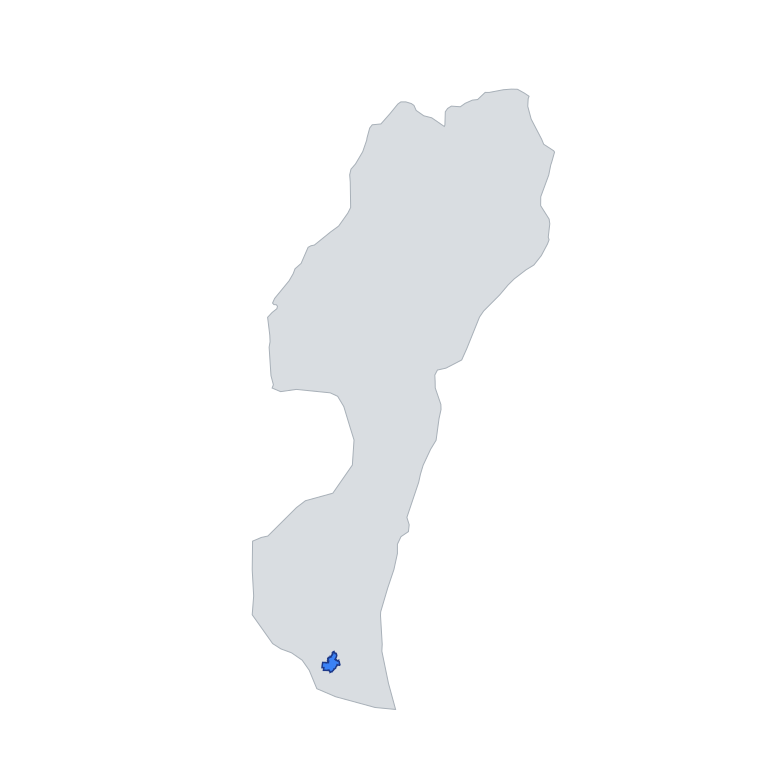 Cīravas pag., Aizputes, Latvia shown in context, rotated 283°
{"feature_id": "27541924B26193226083198", "entity_name": "Cīravas pag.", "entity_type": "district", "adm_level": 2, "iso_a3": "LVA", "parent_name": "Latvia", "parent_adm1": "Aizputes", "projection": "equal_earth", "projection_center": [21.425, 56.745], "detail": "fine", "context": "in_parent", "style": "filled", "palette": "blue", "viewbox_px": 768, "rotation_deg": 283, "n_neighbors": 0, "source": "geoboundaries", "source_scale": "gbopen_adm2", "svg_char_len": 4337}
<svg xmlns="http://www.w3.org/2000/svg" viewBox="0 0 768 768"><g transform="rotate(283 384 384)"><path d="M561.7,512.4L557.2,511.8L544.5,508.4L533.7,503.3L527.1,496.6L515.8,487.3L508.4,482.6L496.9,476.7L477.6,464.7L470.7,462.0L437.1,456.7L424.9,454.3L413.4,440.8L409.6,432.9L404.1,431.5L398.2,433.2L391.7,434.8L376.9,444.0L372.0,445.3L362.7,445.4L340.9,447.4L330.9,444.1L313.6,440.4L304.3,439.8L296.0,439.9L259.2,436.3L252.5,440.2L245.7,441.0L239.1,434.9L230.9,433.1L221.9,435.2L205.5,435.4L186.0,433.5L161.2,432.0L157.5,432.7L130.0,440.8L123.2,442.0L93.3,455.7L69.5,468.5L66.8,448.0L68.4,407.2L72.0,387.1L88.3,375.5L96.5,366.4L101.3,354.3L102.7,343.1L106.0,333.9L129.5,307.5L148.1,304.7L173.3,297.4L201.3,291.3L206.9,299.0L209.7,305.0L243.9,326.5L252.6,333.7L266.1,358.7L297.9,371.4L322.7,367.4L333.3,361.2L353.0,349.9L361.6,341.6L363.3,333.6L359.0,299.7L353.3,285.0L354.9,275.9L358.4,276.4L366.7,272.0L394.0,263.8L399.5,263.5L405.7,261.8L422.8,255.6L428.5,258.9L433.3,262.7L435.8,262.7L437.0,261.3L436.6,258.9L437.8,257.2L442.8,258.2L463.2,268.3L471.0,270.7L476.3,271.4L482.8,276.1L500.1,279.3L502.3,281.8L503.7,284.9L520.2,297.8L527.7,304.3L542.3,310.3L548.5,311.8L573.2,305.7L580.1,303.5L585.9,303.5L591.9,306.7L605.5,311.0L617.7,312.3L619.9,312.1L630.2,312.5L633.9,314.2L636.7,322.5L648.7,329.0L659.9,334.5L662.7,337.0L663.8,341.8L663.4,347.5L662.2,350.5L657.8,353.8L654.3,362.4L654.1,370.6L648.5,384.8L650.0,385.1L663.0,382.5L666.8,384.0L669.9,387.1L671.3,396.0L675.8,400.0L680.5,406.3L682.2,411.2L690.9,417.0L691.7,420.8L697.6,434.2L700.0,441.9L701.2,447.8L699.0,455.4L697.0,460.6L694.4,460.3L686.9,461.6L675.2,467.8L658.0,482.5L653.5,485.7L649.4,496.9L648.3,498.0L637.9,497.5L635.0,497.2L624.6,497.5L601.7,494.6L593.0,496.5L581.8,507.8L577.4,509.5L564.0,511.0L561.7,512.4Z" fill="#d9dde1" stroke="#a8b0b8" stroke-width="1"/><path d="M91.4,396.5L91.0,396.5L91.3,396.9L91.4,397.0L91.7,397.3L92.0,397.6L91.9,397.9L91.9,398.0L92.0,398.0L92.3,398.2L92.6,398.3L92.8,398.4L92.9,398.5L93.1,398.6L93.3,398.7L93.3,398.8L93.5,399.0L94.3,399.3L94.5,399.3L94.8,399.3L95.0,399.3L95.0,399.5L95.1,399.8L95.6,400.1L95.8,400.3L95.9,400.5L96.0,400.5L96.3,400.7L96.4,400.8L96.5,400.8L96.6,400.7L96.8,400.7L97.1,400.7L97.6,400.9L98.5,401.2L98.8,401.5L99.2,401.4L99.4,401.5L99.5,401.4L99.9,401.5L100.0,401.5L99.8,402.1L99.7,402.1L99.8,402.3L99.8,402.5L100.0,403.2L99.9,403.4L99.9,403.5L99.9,403.8L100.0,403.9L100.0,404.0L100.3,404.1L100.5,404.2L100.8,403.9L101.0,403.8L101.5,403.7L101.8,403.5L101.8,403.4L102.0,403.4L102.2,403.2L102.4,403.2L102.6,403.1L102.9,403.0L103.0,403.0L103.3,402.9L103.5,402.7L104.0,402.2L104.1,401.9L104.2,401.7L104.3,401.7L104.2,401.7L104.3,401.7L104.2,401.6L104.0,401.4L103.9,401.5L103.8,401.4L104.0,401.3L104.0,401.2L103.9,401.2L103.8,400.9L103.7,400.9L103.7,400.7L103.8,400.4L104.0,400.2L104.3,399.9L104.5,399.8L104.5,399.7L104.4,399.6L104.3,399.4L104.2,399.3L104.8,399.0L104.8,398.8L104.8,398.7L104.7,398.2L104.8,398.2L105.1,398.4L105.3,398.5L107.5,399.0L108.6,399.0L108.9,399.0L109.0,398.9L109.5,398.7L109.9,398.5L110.0,398.4L110.3,398.3L110.5,398.2L110.7,397.8L110.6,397.7L110.8,397.6L110.5,396.8L110.9,396.6L111.7,395.7L111.9,395.3L112.0,395.3L111.9,395.1L111.6,395.1L111.1,395.0L111.1,394.9L110.8,394.8L111.0,394.7L110.9,394.4L110.7,394.3L110.8,394.2L110.6,394.1L110.0,394.3L110.0,394.6L109.9,394.6L109.6,394.8L109.3,394.6L109.2,394.4L108.9,394.3L108.7,394.4L108.3,394.3L108.2,394.3L108.2,394.2L108.2,394.3L108.0,394.2L107.9,394.1L107.6,394.1L107.4,394.1L107.2,394.0L107.2,393.9L107.1,393.7L106.9,393.6L106.7,393.5L106.5,393.4L106.4,393.5L106.4,393.4L106.3,393.5L106.2,393.4L105.9,393.3L105.7,393.2L105.5,392.9L105.6,392.7L105.6,392.4L105.4,392.3L105.4,392.1L105.0,392.1L105.0,391.9L104.9,391.4L104.1,391.4L104.2,391.1L103.9,390.9L103.2,391.1L102.9,391.3L102.7,391.6L101.7,391.2L101.0,391.7L101.0,391.8L101.4,391.8L101.4,392.4L101.1,392.3L101.1,392.0L100.8,391.9L100.7,391.9L100.5,392.0L100.2,392.2L100.5,392.4L100.0,392.5L99.5,390.1L99.3,390.1L99.4,389.9L99.5,389.8L99.3,389.0L99.3,388.9L99.1,387.9L98.9,386.9L96.1,387.1L93.7,387.4L94.1,389.2L91.4,389.4L92.0,392.0L92.0,392.4L92.1,392.8L92.2,393.1L92.4,394.5L92.6,394.4L92.6,394.5L92.9,394.7L92.9,394.8L92.8,395.0L92.3,395.3L92.2,395.4L92.0,395.5L91.9,395.6L91.5,396.0L91.4,396.1L91.6,396.2L91.4,396.5Z" fill="#3b82f6" stroke="#1e3a8a" stroke-width="1.5"/></g></svg>